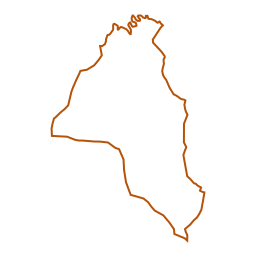 outline of Afikpo South, Ebonyi, Nigeria
{"feature_id": "59680162B28595276838631", "entity_name": "Afikpo South", "entity_type": "district", "adm_level": 2, "iso_a3": "NGA", "parent_name": "Nigeria", "parent_adm1": "Ebonyi", "projection": "natural_earth1", "projection_center": [7.822, 5.833], "detail": "fine", "context": "isolated", "style": "outline", "palette": "amber", "viewbox_px": 256, "rotation_deg": 0, "n_neighbors": 0, "source": "geoboundaries", "source_scale": "gbopen_adm2", "svg_char_len": 2544}
<svg xmlns="http://www.w3.org/2000/svg" viewBox="0 0 256 256"><path d="M162.9,25.4L162.6,25.0L161.8,24.3L160.9,23.6L160.5,23.0L159.8,21.7L159.3,21.5L157.8,22.7L157.2,22.6L155.5,21.1L153.2,19.8L151.5,19.2L149.2,18.9L148.4,18.7L148.1,18.0L147.8,17.2L147.7,16.2L147.4,15.8L146.5,15.8L145.9,15.9L145.8,17.7L145.3,18.1L144.3,18.0L143.6,17.6L142.9,17.4L142.3,16.6L141.2,15.7L139.6,15.4L138.2,15.6L137.7,16.3L138.8,18.0L139.9,19.0L140.1,20.1L139.8,20.8L138.6,20.9L137.7,20.9L136.2,19.8L135.5,19.0L134.8,17.5L133.5,16.1L133.1,15.5L132.6,15.5L132.1,16.6L131.7,17.8L131.8,20.2L132.5,21.5L135.0,22.4L135.8,22.9L136.5,25.2L136.3,25.9L132.8,26.8L132.0,26.1L131.1,24.4L130.2,22.5L129.5,22.7L128.4,24.3L128.4,25.6L128.9,26.1L130.8,29.7L131.0,31.0L130.8,33.0L130.7,34.0L130.1,34.1L129.3,33.2L127.9,30.9L126.6,29.5L125.5,28.8L122.7,27.5L121.5,27.1L120.5,27.1L118.3,29.6L117.9,29.6L117.7,29.1L117.8,26.1L116.8,25.2L114.4,23.8L113.6,24.1L113.1,25.4L113.2,28.5L113.0,29.9L111.6,31.9L110.6,33.3L109.4,34.7L107.6,35.0L107.3,35.6L106.0,39.4L106.0,40.9L105.0,44.1L102.1,46.1L100.1,46.0L101.8,55.4L98.9,59.6L96.3,62.8L94.2,65.3L87.0,69.7L84.1,70.2L80.4,70.9L79.7,72.6L79.1,74.1L76.4,79.7L76.1,80.3L73.3,86.8L72.3,89.4L71.5,91.5L71.1,93.1L68.2,105.3L65.3,108.4L64.5,109.2L61.9,111.3L60.3,112.7L58.3,114.6L58.0,114.9L55.6,117.3L54.0,118.5L52.6,123.4L51.6,128.3L51.9,135.9L67.1,136.7L75.3,139.9L78.8,140.5L83.3,140.6L94.1,141.5L100.1,141.6L108.0,142.5L115.2,147.8L119.1,149.2L123.5,159.4L123.6,160.8L124.1,170.2L126.0,182.2L129.4,191.4L130.7,194.9L133.4,195.6L143.5,198.5L148.1,202.2L151.4,206.8L154.9,210.7L163.4,215.4L169.5,222.7L174.0,229.2L174.4,234.0L184.7,238.3L187.2,240.6L187.3,235.1L185.7,231.7L185.0,229.0L190.2,224.6L193.9,220.2L196.9,217.6L199.2,214.1L201.4,209.7L202.1,205.7L202.1,205.3L202.3,204.6L202.8,202.0L202.9,201.8L203.1,200.1L203.6,197.4L204.0,195.1L204.3,193.1L204.4,192.4L203.2,192.2L202.0,191.7L200.0,190.7L201.1,187.5L199.5,186.7L197.5,185.5L196.6,184.6L195.7,183.7L194.7,183.5L193.9,183.2L192.6,181.7L190.2,178.9L188.8,177.7L187.2,176.1L186.3,171.1L185.3,165.7L183.4,155.1L184.9,150.5L186.3,147.2L183.9,142.3L184.0,123.7L187.5,114.8L185.9,111.6L185.2,109.3L184.4,104.8L185.4,100.4L184.9,100.1L184.1,99.7L183.6,99.6L181.2,99.0L180.9,98.9L180.3,98.5L179.3,97.7L176.6,95.8L174.6,94.7L173.7,94.4L169.6,87.7L166.1,79.7L164.5,77.7L163.0,74.9L162.2,71.0L162.9,67.5L163.7,64.7L163.9,63.2L163.6,61.2L163.7,59.1L164.7,57.7L164.7,56.2L161.7,52.0L159.2,49.2L153.1,42.7L152.8,39.6L160.9,27.3L162.9,25.4Z" fill="none" stroke="#b45309" stroke-width="2"/></svg>